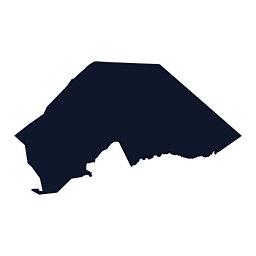 outline of Capulálpam de Méndez, Oaxaca, Mexico
{"feature_id": "50627088B77206539090101", "entity_name": "Capulálpam de Méndez", "entity_type": "district", "adm_level": 2, "iso_a3": "MEX", "parent_name": "Mexico", "parent_adm1": "Oaxaca", "projection": "robinson", "projection_center": [-96.41, 17.316], "detail": "fine", "context": "isolated", "style": "filled", "palette": "ink", "viewbox_px": 256, "rotation_deg": 0, "n_neighbors": 0, "source": "geoboundaries", "source_scale": "gbopen_adm2", "svg_char_len": 4576}
<svg xmlns="http://www.w3.org/2000/svg" viewBox="0 0 256 256"><path d="M159.3,64.9L107.3,62.8L97.7,62.2L96.1,62.1L94.2,62.3L91.6,64.0L91.1,64.2L86.6,67.6L86.0,68.7L82.5,71.7L79.1,74.6L74.8,78.8L71.7,80.1L70.4,82.6L69.6,83.1L68.4,85.5L47.3,107.5L44.2,114.4L29.3,124.8L15.4,135.7L25.5,144.7L28.4,163.0L32.0,166.0L40.6,177.9L43.3,190.5L43.2,192.0L38.8,191.5L37.9,189.4L31.6,189.7L31.9,189.8L39.3,193.9L56.9,191.9L71.1,178.0L82.0,176.2L82.4,175.4L83.2,175.0L84.4,174.7L85.5,174.4L85.8,174.3L86.0,174.2L87.1,174.1L87.5,174.1L88.2,174.0L88.7,174.0L88.9,174.2L89.0,174.4L89.2,174.8L89.3,175.0L89.7,175.6L89.9,175.7L90.1,176.0L90.7,176.2L91.0,176.1L91.4,175.6L91.4,175.2L90.9,175.3L90.6,175.5L90.4,175.4L89.9,175.2L89.5,174.7L89.4,174.5L89.1,173.6L87.9,173.5L88.4,173.0L89.2,173.1L90.2,173.7L90.6,173.4L90.8,173.3L90.9,173.1L90.5,173.1L90.2,173.1L89.9,172.8L89.6,172.4L89.4,172.2L85.9,170.4L85.5,169.9L85.3,169.1L85.5,168.4L85.6,168.1L85.6,167.7L85.4,166.5L85.6,165.5L85.8,164.3L86.2,163.4L86.3,163.4L86.6,163.1L87.1,162.1L87.8,162.3L88.5,162.5L89.0,162.5L89.5,162.4L90.0,162.1L90.6,161.9L91.2,161.9L92.2,161.7L92.9,161.5L93.1,161.3L93.4,161.1L93.7,161.0L93.9,161.0L94.1,161.1L94.2,161.3L94.4,160.8L94.5,159.9L94.7,159.1L95.0,158.1L95.3,157.1L95.7,156.9L96.2,157.1L96.6,157.1L97.6,155.6L98.3,154.8L99.1,153.7L100.1,152.6L101.0,151.4L102.3,150.3L103.6,149.7L105.1,149.0L106.5,148.5L107.1,147.8L107.8,146.7L109.7,144.3L111.3,142.8L112.2,142.1L113.3,141.6L115.0,141.0L116.1,141.0L117.1,141.0L118.2,141.1L119.4,141.5L131.4,165.9L131.8,165.9L132.0,164.9L132.6,164.5L133.3,164.5L133.2,164.2L134.1,163.9L134.6,164.4L135.3,163.9L135.7,163.8L135.9,163.3L136.9,162.2L136.0,161.0L136.8,160.7L137.6,160.9L137.9,160.8L138.4,161.1L138.6,160.7L138.5,160.3L138.6,159.5L138.7,159.0L139.0,159.0L139.2,158.6L139.4,158.2L139.7,158.1L139.9,158.0L140.2,157.9L140.3,158.1L140.6,157.9L140.9,157.9L141.2,157.8L141.6,157.7L141.6,157.8L141.8,157.8L142.0,157.9L142.1,158.1L142.1,157.9L142.3,157.9L142.5,158.1L142.5,158.3L142.8,158.5L143.0,158.8L143.1,159.1L143.3,159.3L143.5,159.2L143.8,159.3L144.2,159.3L144.4,159.3L144.6,159.1L144.9,158.8L145.0,158.5L145.2,158.4L145.2,158.1L145.5,157.7L145.7,157.3L145.9,157.3L146.1,156.9L146.2,156.7L146.4,156.7L146.8,156.7L146.9,156.9L147.1,156.9L148.0,157.8L148.2,158.2L148.5,158.4L148.7,158.7L149.0,158.7L149.5,158.5L149.8,158.5L150.0,158.1L150.4,157.9L150.6,158.0L150.8,157.7L151.1,157.8L151.3,157.1L151.7,156.9L152.6,157.2L152.6,156.9L152.6,156.1L152.7,155.4L152.4,154.9L152.5,154.7L153.0,154.5L153.6,155.1L155.4,154.6L155.6,154.7L156.2,154.6L156.8,154.5L157.1,154.9L157.7,155.3L157.6,155.9L158.7,156.4L159.2,156.0L159.7,156.1L160.5,155.2L161.0,154.2L161.6,152.9L162.6,153.0L163.9,153.7L164.7,152.8L165.5,153.2L165.9,153.2L166.2,153.5L167.3,153.4L167.8,152.8L168.4,152.8L169.1,152.0L169.9,152.2L170.4,152.4L170.8,152.8L171.0,153.3L171.6,153.4L171.8,153.7L172.6,153.9L173.0,153.7L173.5,153.7L173.7,154.1L174.3,154.4L174.7,154.4L174.8,154.2L175.2,154.4L175.5,154.0L176.0,154.0L176.5,153.7L176.9,154.0L177.2,153.8L177.6,154.0L177.9,154.3L178.2,154.7L178.4,155.0L178.8,155.1L179.0,154.8L179.3,154.8L179.5,154.5L180.0,154.5L180.3,154.8L180.4,154.7L180.6,154.8L180.7,155.1L180.9,155.0L181.1,155.2L181.3,155.2L181.5,155.4L181.5,155.7L181.7,156.1L181.9,155.9L182.2,155.8L182.2,156.0L182.5,156.1L182.8,156.0L183.3,156.1L183.5,156.4L183.7,156.7L183.9,156.6L184.3,156.7L184.5,156.8L185.0,156.8L185.2,157.0L185.4,156.8L185.5,156.5L185.9,156.8L186.0,156.5L186.5,156.6L186.6,157.0L186.9,157.3L187.3,157.6L187.8,157.4L188.1,157.5L188.3,157.8L188.9,157.9L189.3,157.9L189.6,157.7L189.9,157.6L190.2,157.9L190.9,157.8L191.4,157.7L191.8,157.4L192.2,157.7L192.4,158.0L192.7,157.7L193.0,157.5L193.4,157.4L193.6,157.5L193.8,157.4L194.1,157.3L194.4,157.3L194.6,157.2L194.9,157.2L195.1,156.8L195.4,156.8L196.0,156.7L196.4,156.8L196.8,156.5L197.1,155.9L196.9,155.5L197.0,155.3L197.3,155.1L197.8,155.5L198.3,155.9L198.7,155.7L199.0,155.4L199.4,155.5L199.5,155.7L199.9,155.7L200.3,155.4L200.6,155.4L201.0,155.4L201.5,155.4L201.8,155.5L202.3,155.5L202.4,155.1L202.7,155.2L202.9,155.0L203.2,155.2L203.5,155.5L203.8,155.5L203.9,155.9L203.8,156.3L204.6,156.2L205.1,156.2L205.3,156.7L205.5,156.7L205.6,156.4L207.0,156.4L207.5,155.9L208.2,156.1L208.7,155.8L209.5,155.0L210.0,154.0L210.9,153.6L211.5,153.8L212.4,151.4L213.6,150.6L214.1,150.5L215.1,150.5L215.3,151.3L215.1,151.8L214.9,152.8L215.1,153.4L215.3,153.7L215.8,153.3L216.3,152.3L216.6,151.6L216.8,151.3L217.2,151.1L217.6,151.0L217.8,151.1L217.9,151.3L218.0,151.6L240.6,135.8L159.3,64.9Z" fill="#0f172a" stroke="#020617" stroke-width="1.5"/></svg>